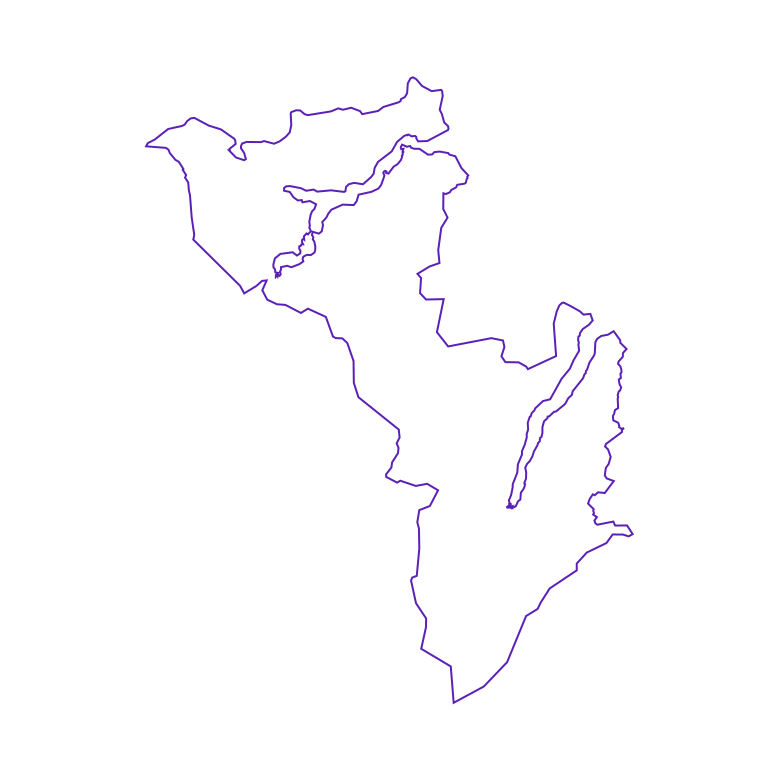 outline of Sogndal nor, Sogn og Fjordane, Norway, rotated 187°
{"feature_id": "86288312B91120351294699", "entity_name": "Sogndal nor", "entity_type": "district", "adm_level": 2, "iso_a3": "NOR", "parent_name": "Norway", "parent_adm1": "Sogn og Fjordane", "projection": "mercator", "projection_center": [6.969, 61.338], "detail": "fine", "context": "isolated", "style": "outline", "palette": "violet", "viewbox_px": 768, "rotation_deg": 187, "n_neighbors": 0, "source": "geoboundaries", "source_scale": "gbopen_adm2", "svg_char_len": 6152}
<svg xmlns="http://www.w3.org/2000/svg" viewBox="0 0 768 768"><g transform="rotate(187 384 384)"><path d="M649.1,590.9L629.2,591.8L626.4,590.2L624.7,587.1L618.4,581.1L614.7,579.5L609.3,572.9L609.9,572.1L605.9,567.3L606.6,564.6L602.9,560.2L601.2,552.1L599.6,547.9L595.2,526.0L590.5,508.8L590.9,504.1L538.9,464.0L533.8,456.9L522.6,465.8L517.6,471.5L513.1,472.5L516.2,462.2L510.2,453.5L500.0,450.1L491.5,450.5L475.1,444.4L468.7,449.5L449.9,443.5L440.5,425.0L437.7,423.7L430.9,424.2L425.4,420.2L417.0,403.0L414.1,381.5L407.8,367.8L363.8,340.6L362.0,332.8L364.2,326.6L361.8,322.4L361.7,317.0L366.4,307.2L366.5,302.0L370.9,294.6L370.5,292.1L359.0,287.7L356.1,290.0L340.0,286.7L329.0,290.2L317.4,285.1L323.6,268.5L333.6,263.1L334.1,250.9L331.7,244.8L328.9,224.9L328.1,197.6L332.4,195.3L333.2,192.2L325.5,170.3L313.6,156.4L312.7,147.4L314.8,125.7L283.3,111.8L276.0,76.1L248.1,95.9L227.9,122.9L214.7,171.0L204.1,179.5L201.7,186.5L194.6,201.3L170.0,222.5L170.8,229.3L162.2,241.4L143.8,253.3L138.7,262.5L128.6,263.7L122.6,262.6L118.9,265.3L125.5,273.2L137.4,271.7L139.6,275.4L155.2,270.3L157.3,271.6L158.5,274.1L156.5,277.9L160.5,279.9L159.8,281.3L160.9,283.7L160.6,285.3L166.9,290.2L165.8,295.0L163.3,299.9L161.3,299.3L158.3,302.6L151.6,302.7L144.1,315.7L151.4,317.4L153.7,320.1L153.6,327.8L151.3,331.9L150.1,339.3L153.7,346.4L157.0,348.9L156.3,351.6L141.9,365.4L142.3,367.4L140.4,369.4L143.1,368.5L145.4,369.9L145.5,371.5L146.9,374.1L152.0,375.9L152.9,380.1L151.9,382.6L151.6,386.2L148.7,388.6L150.3,398.2L149.9,399.2L150.7,401.3L150.1,405.2L148.9,406.3L148.2,409.7L150.2,412.4L151.5,417.0L149.6,418.9L150.6,423.1L149.7,424.7L150.2,427.2L151.5,430.3L154.2,432.6L153.8,435.1L150.3,440.1L150.6,443.9L147.5,448.3L154.5,453.7L154.9,456.2L162.5,464.4L167.6,460.3L174.3,458.1L178.0,454.7L179.3,451.2L178.5,440.1L179.0,437.9L182.6,430.6L184.2,423.1L185.2,421.2L185.1,419.3L186.2,418.0L187.1,414.0L195.8,399.9L196.2,396.1L199.4,392.3L201.7,386.4L209.8,377.8L212.0,377.0L216.1,372.0L217.6,371.6L217.7,369.9L220.6,366.5L221.5,360.5L220.8,354.6L221.3,350.5L222.6,349.4L222.4,346.1L223.9,344.2L224.2,342.0L227.0,335.2L227.9,330.2L229.9,325.3L232.3,322.1L233.6,318.1L232.1,313.6L231.5,307.3L232.7,302.7L231.2,301.1L232.1,301.4L231.8,300.1L232.7,296.9L234.9,292.8L234.6,285.9L236.6,284.0L238.3,278.8L241.7,276.4L241.4,275.3L241.8,276.3L241.5,276.7L242.2,276.5L240.9,277.2L242.0,277.4L241.5,278.6L243.6,275.9L242.8,277.3L243.6,277.3L243.7,276.7L244.4,276.6L243.5,277.4L242.4,277.6L242.0,278.3L243.7,277.6L242.6,279.0L245.2,277.0L245.7,277.1L243.5,278.9L243.9,279.7L243.0,281.1L246.0,277.3L247.5,276.3L245.8,278.0L243.4,281.2L244.9,279.4L245.2,280.5L244.6,281.1L245.9,283.6L244.3,289.2L243.7,296.9L244.0,300.3L240.9,312.3L241.3,320.7L238.4,331.0L238.9,334.1L237.0,340.5L235.8,348.3L236.3,351.7L235.4,356.3L236.6,363.1L235.3,369.3L234.5,369.6L233.8,373.2L231.5,376.1L231.0,378.2L224.2,386.4L217.2,389.1L208.4,410.8L201.4,421.8L198.8,430.5L194.4,440.8L195.9,447.0L195.6,448.7L196.7,451.2L196.8,454.8L195.6,455.8L195.7,458.4L193.4,462.8L187.9,467.7L184.6,472.5L187.7,478.7L194.5,477.2L198.4,480.0L208.0,484.0L215.7,486.7L217.4,486.0L219.6,483.2L221.4,477.2L222.9,464.6L216.6,432.7L243.0,416.3L245.1,418.7L253.0,421.9L266.2,420.5L270.8,425.8L269.0,435.3L271.2,441.7L283.0,442.6L324.9,429.1L337.8,441.9L335.1,475.5L352.6,473.0L359.3,478.6L360.1,493.7L364.2,497.4L353.1,506.2L343.7,510.8L346.5,523.5L346.2,546.0L341.2,556.9L346.5,564.9L348.3,580.5L345.7,580.1L342.0,582.3L340.9,584.8L336.4,587.9L335.6,590.6L328.4,592.7L327.3,593.8L326.9,597.4L326.2,598.5L326.6,599.8L325.8,601.3L333.5,607.8L340.9,618.7L347.2,619.7L348.3,621.0L356.9,621.5L362.3,620.3L364.2,617.7L368.3,617.0L377.4,621.7L383.1,621.2L385.8,621.8L387.0,623.4L390.2,622.3L395.2,623.8L396.2,621.2L396.0,620.0L395.4,619.1L393.4,619.8L393.8,617.1L393.0,616.6L393.8,615.5L393.3,614.0L394.1,612.7L393.7,611.6L394.5,608.4L397.2,604.0L401.0,600.8L405.2,593.4L407.4,593.6L406.3,593.7L407.7,593.9L407.5,595.2L408.9,595.7L410.2,594.5L410.4,593.3L409.1,591.2L409.4,588.6L411.1,581.2L413.4,577.3L419.7,573.3L432.3,568.8L433.5,561.8L435.9,557.9L446.9,557.0L457.5,550.6L460.0,546.4L461.4,542.4L465.0,537.2L463.9,534.2L464.4,527.9L467.0,525.3L473.3,526.4L473.7,523.2L472.0,521.0L472.3,518.9L470.5,516.8L468.9,512.1L468.6,508.2L469.1,505.9L472.4,503.0L476.3,502.8L479.6,500.5L480.1,498.3L479.0,495.9L482.5,492.7L490.2,488.6L494.6,489.5L500.5,487.4L500.1,485.2L500.9,483.0L499.9,480.3L500.8,478.7L502.4,479.6L502.6,478.1L503.1,479.0L504.4,477.2L504.6,478.9L502.6,481.4L505.4,481.5L506.2,484.6L507.8,486.0L508.4,489.1L507.6,495.4L502.7,500.5L490.7,503.6L486.0,500.9L483.1,503.4L483.1,505.7L484.6,507.9L484.9,510.3L483.5,510.9L483.0,512.5L481.3,512.7L482.6,514.7L482.9,516.9L481.8,518.2L480.8,517.6L481.5,520.8L479.2,524.0L477.7,523.2L475.2,526.8L477.2,530.1L476.9,532.0L477.9,536.0L477.4,543.4L476.4,546.6L474.3,549.4L473.3,554.1L479.8,556.6L487.1,554.4L488.1,556.5L491.9,555.7L496.6,558.3L500.9,563.1L506.8,563.7L507.0,566.4L505.1,568.3L501.2,569.0L490.1,568.2L484.8,566.3L477.5,568.4L473.8,566.8L460.0,569.8L447.1,569.8L445.8,570.6L445.7,575.0L443.1,578.1L438.1,580.0L429.2,579.7L422.1,587.7L419.9,591.4L419.6,597.4L417.0,603.7L404.7,615.8L400.5,625.9L394.2,632.7L391.5,634.1L390.3,633.4L391.0,634.2L390.0,634.6L386.8,633.2L383.4,634.0L382.1,633.2L381.8,631.6L379.7,629.0L370.7,630.4L351.4,643.9L351.1,645.5L351.9,647.8L356.1,650.9L359.4,658.9L362.1,663.0L360.8,677.2L362.0,681.7L363.1,682.9L372.4,680.5L382.5,684.4L389.2,690.5L392.6,691.9L394.9,690.7L397.0,685.4L396.5,675.4L398.3,671.3L401.8,668.9L402.0,667.0L403.6,665.5L418.4,658.9L423.1,654.3L438.5,649.2L441.0,651.9L450.2,654.2L458.2,651.2L463.0,652.0L469.9,648.1L492.3,641.6L495.6,642.1L500.6,645.3L504.5,645.0L509.2,642.5L509.6,641.3L507.6,629.8L508.2,622.3L511.6,617.4L517.3,612.0L522.4,609.1L532.7,610.5L535.5,609.1L549.9,607.5L554.1,605.4L554.9,602.8L554.7,600.5L551.1,596.5L548.5,590.4L550.1,589.1L558.5,590.8L566.3,597.0L565.5,597.1L566.1,598.4L560.5,604.2L561.4,607.7L562.6,609.2L576.8,616.8L589.3,619.1L604.6,625.0L608.2,624.1L611.4,621.0L613.5,617.1L616.0,615.5L629.3,610.8L641.3,598.7L647.8,594.3L649.1,590.9Z" fill="none" stroke="#5b21b6" stroke-width="2"/></g></svg>